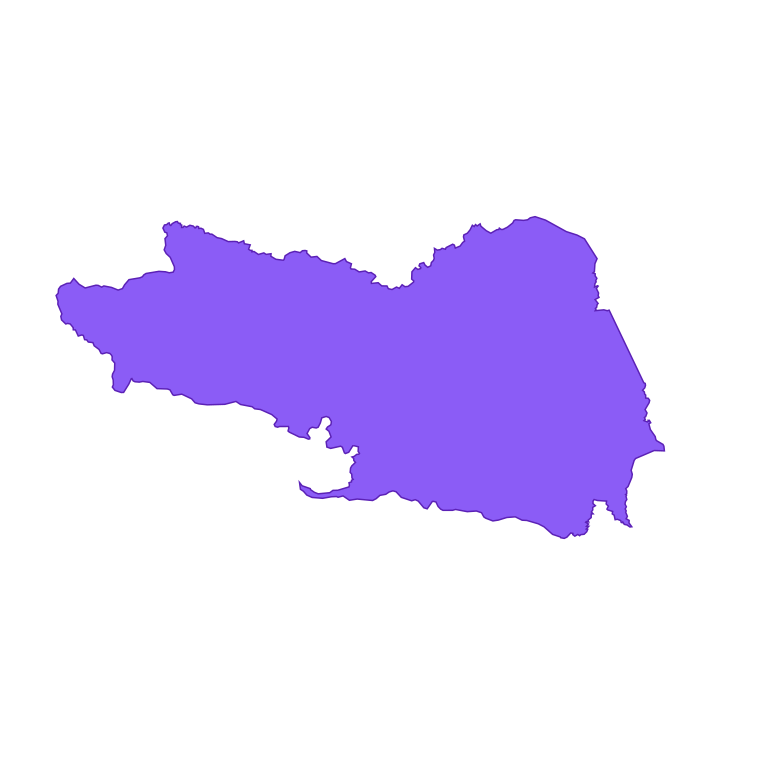 Norosi, Bolívar, Colombia, rotated 60°
{"feature_id": "7082276B10852217630154", "entity_name": "Norosi", "entity_type": "district", "adm_level": 2, "iso_a3": "COL", "parent_name": "Colombia", "parent_adm1": "Bolívar", "projection": "natural_earth1", "projection_center": [-74.124, 8.493], "detail": "fine", "context": "isolated", "style": "filled", "palette": "violet", "viewbox_px": 768, "rotation_deg": 60, "n_neighbors": 0, "source": "geoboundaries", "source_scale": "gbopen_adm2", "svg_char_len": 6170}
<svg xmlns="http://www.w3.org/2000/svg" viewBox="0 0 768 768"><g transform="rotate(60 384 384)"><path d="M137.5,599.9L139.8,605.2L138.3,608.3L137.7,615.3L139.1,618.4L142.5,620.8L143.4,623.7L149.3,624.9L151.9,626.6L162.2,627.9L163.9,630.1L167.3,631.2L172.9,629.6L173.4,627.6L175.2,625.7L179.8,625.0L181.7,626.0L182.9,624.2L189.6,624.8L190.4,621.3L191.6,620.1L195.9,621.1L197.1,619.4L199.8,619.1L202.6,615.4L206.0,615.9L211.6,613.5L216.0,613.7L217.1,612.7L218.1,608.6L220.5,606.1L222.7,605.6L224.4,605.7L227.2,607.5L231.2,606.7L237.4,610.5L239.7,614.1L241.8,615.8L245.1,616.5L249.4,618.8L250.8,620.8L255.0,620.2L260.0,615.8L261.1,613.7L256.5,605.1L253.1,600.3L253.2,599.6L255.9,599.7L257.5,598.6L260.0,595.0L261.2,591.6L265.5,586.0L274.5,582.9L280.0,574.1L282.0,572.3L287.7,572.3L288.9,571.5L291.7,564.2L300.7,558.0L305.8,557.0L308.7,554.2L313.7,547.4L322.0,532.0L325.1,520.9L330.0,518.5L337.8,509.5L340.8,508.4L344.3,503.8L354.3,496.5L360.9,494.1L362.5,495.7L364.1,499.3L366.4,499.5L368.2,497.7L368.6,495.7L373.0,488.0L374.5,488.4L376.7,490.6L378.3,490.1L387.5,483.9L390.2,479.9L393.9,477.1L394.4,475.8L393.4,475.0L388.4,475.4L385.5,470.7L385.5,467.9L388.2,464.7L388.5,462.6L385.9,458.6L382.2,454.8L383.2,450.3L385.6,448.3L390.1,448.3L392.1,449.8L392.8,450.6L393.0,454.4L394.1,456.6L397.4,455.3L403.4,456.3L405.1,463.0L410.1,465.0L413.1,462.4L416.2,452.6L418.0,451.7L423.8,452.7L424.9,452.2L425.5,448.7L421.9,441.9L422.9,440.3L425.6,437.6L429.4,440.1L431.8,439.9L432.2,440.9L431.3,442.9L431.8,446.0L431.2,448.2L433.3,447.5L435.2,448.4L437.6,447.9L438.8,452.8L440.1,455.0L443.6,457.5L445.9,457.0L449.3,458.7L451.2,458.4L451.1,460.3L452.5,461.1L452.0,463.7L454.3,464.5L455.6,465.8L452.9,477.2L450.6,481.4L451.0,485.4L446.2,495.9L442.9,498.5L438.8,500.4L437.7,500.2L431.2,505.8L427.0,506.4L433.4,509.0L436.6,507.4L441.6,506.4L446.3,503.0L452.3,494.3L455.3,486.1L457.7,481.4L459.1,480.4L460.5,475.4L467.4,472.1L470.2,464.8L479.2,452.1L479.4,448.1L478.4,443.2L480.4,437.6L480.1,433.6L481.0,429.7L483.4,427.4L490.8,425.7L499.0,418.4L499.8,414.8L502.5,412.9L511.1,411.4L513.7,409.0L509.9,400.9L510.2,400.1L512.1,398.0L517.1,398.4L520.7,397.5L522.9,396.1L527.7,387.7L528.4,384.8L536.2,375.7L540.2,367.5L544.2,363.9L549.1,364.0L551.1,363.0L557.0,358.2L559.0,353.1L561.0,344.4L564.7,336.7L571.0,332.5L573.6,328.5L582.2,320.3L587.7,316.8L598.5,313.2L604.6,307.8L605.5,307.8L607.8,305.1L608.1,302.2L606.4,296.8L607.8,295.1L608.8,295.8L611.2,294.8L611.2,291.4L613.2,290.4L612.8,289.0L614.2,285.8L613.3,282.3L611.7,280.2L610.7,281.3L609.6,277.9L608.5,279.7L607.5,276.9L604.6,278.5L604.3,277.5L605.8,275.7L604.0,275.4L603.3,271.4L600.2,269.5L601.0,267.8L598.5,268.4L597.4,266.1L595.2,265.0L595.1,261.8L592.1,262.8L589.9,261.5L589.1,259.8L591.6,257.4L596.7,249.8L599.0,251.6L602.0,250.8L603.8,253.5L604.9,253.2L608.7,249.7L610.6,251.3L612.7,250.3L617.1,251.7L617.8,249.6L620.6,247.3L622.5,247.8L623.2,247.1L622.9,246.2L625.7,246.1L627.6,244.0L630.8,242.5L631.5,240.8L626.8,241.3L624.7,239.9L621.8,241.7L620.3,239.4L615.9,238.8L615.0,237.7L612.8,237.6L611.5,235.5L608.5,235.3L606.5,233.6L605.5,231.5L602.3,230.6L601.6,229.6L600.5,230.0L600.4,228.7L598.0,227.2L595.5,227.0L594.8,223.9L588.9,216.2L586.3,214.1L582.3,213.1L575.3,205.6L574.3,203.4L576.7,183.3L582.1,174.6L577.8,172.7L575.8,172.6L569.5,176.2L568.1,176.4L565.1,175.4L556.6,176.1L550.9,174.5L550.9,172.4L548.1,172.4L547.6,173.4L548.6,173.3L548.5,174.9L545.7,177.2L545.3,175.5L543.2,175.2L543.1,173.7L540.6,170.7L536.7,170.7L532.8,163.8L531.0,162.1L528.5,162.3L527.0,164.4L524.4,162.9L523.1,163.3L521.0,162.5L518.7,163.2L517.7,160.1L515.9,158.2L514.1,157.5L512.8,158.4L432.6,152.1L432.2,154.0L429.7,156.5L426.1,164.4L425.4,163.2L424.2,163.1L424.0,161.6L421.7,159.6L421.3,158.3L416.4,159.0L416.5,154.5L414.6,154.4L412.5,152.7L407.4,152.3L406.3,149.6L405.7,149.9L405.3,153.2L402.5,151.1L401.6,149.2L400.6,149.2L398.9,146.8L396.0,147.1L394.1,146.0L392.3,147.6L391.9,145.6L385.3,141.2L382.0,136.8L358.5,137.8L351.6,142.3L343.2,149.9L322.8,162.2L314.6,169.5L313.2,174.3L313.6,177.5L312.1,181.3L307.6,187.9L307.4,189.6L308.9,192.0L309.9,198.7L309.6,203.7L308.7,205.3L306.7,206.2L307.6,207.3L306.8,209.2L306.8,216.1L302.4,218.8L295.8,221.2L293.4,220.7L293.7,224.3L291.7,225.0L292.7,227.2L290.7,228.1L293.5,232.3L295.1,236.4L294.8,240.3L296.3,241.6L300.6,242.8L300.8,245.1L302.6,249.1L301.9,254.3L298.9,253.6L297.3,254.6L296.9,262.0L298.0,263.4L295.5,265.9L295.8,268.0L294.7,270.9L291.8,272.5L295.4,274.2L297.1,276.6L300.3,277.7L301.7,279.4L302.5,282.3L305.0,284.4L304.8,287.8L301.5,289.0L298.7,288.9L297.8,292.9L299.2,294.6L301.5,293.9L302.3,294.6L301.7,297.4L299.0,298.6L300.8,303.7L307.0,307.6L309.6,306.7L310.5,307.4L311.5,314.3L310.2,317.2L307.1,318.7L308.8,322.9L306.3,324.7L306.2,329.8L303.6,332.6L300.6,332.4L297.9,336.9L293.4,338.4L290.6,344.6L289.0,343.9L286.9,337.4L285.3,337.3L281.0,339.4L280.0,341.9L276.7,343.8L274.5,349.5L270.0,351.9L267.9,355.0L266.6,355.0L263.6,352.1L259.2,355.3L255.8,355.2L255.5,365.9L254.4,367.9L245.8,376.5L240.0,378.3L237.7,383.7L231.9,385.4L230.1,384.3L228.9,385.6L227.8,388.0L228.3,390.9L224.5,395.0L223.3,399.8L223.5,405.5L226.3,408.4L226.4,409.4L221.9,415.3L216.8,418.1L214.7,416.7L212.8,421.3L210.4,422.5L209.0,428.0L204.3,430.3L203.4,432.3L202.3,431.5L201.4,433.0L199.6,433.9L196.6,430.3L192.7,434.8L189.8,433.9L189.1,439.4L187.4,440.0L185.9,442.0L182.8,447.7L176.9,451.9L173.8,455.4L168.2,458.1L167.3,459.7L165.3,460.6L163.9,463.9L159.8,463.1L157.6,464.6L156.7,466.6L155.1,466.0L154.3,466.6L153.7,467.7L154.5,468.6L154.4,469.6L151.9,470.2L149.5,472.7L149.4,476.5L147.3,478.1L147.9,479.8L147.2,481.0L145.2,479.7L144.2,480.7L143.1,480.0L141.8,481.7L140.0,481.7L139.3,483.3L139.2,487.2L140.1,489.4L138.8,490.0L137.2,489.4L136.8,490.4L137.3,492.6L136.5,494.6L138.4,497.5L142.9,497.9L144.5,496.5L147.4,497.4L148.6,501.0L154.8,503.7L157.9,507.3L162.1,507.4L167.4,505.8L177.6,506.9L180.2,508.3L181.7,510.7L180.3,514.4L177.6,517.1L173.9,522.6L169.3,534.8L169.4,537.4L170.3,539.6L170.0,542.3L166.1,552.7L168.4,559.1L170.6,562.8L169.7,567.3L164.1,571.7L159.0,577.6L158.9,580.1L155.7,582.2L154.4,584.1L151.4,594.8L145.2,598.2L137.5,599.9Z" fill="#8b5cf6" stroke="#5b21b6" stroke-width="1.5"/></g></svg>